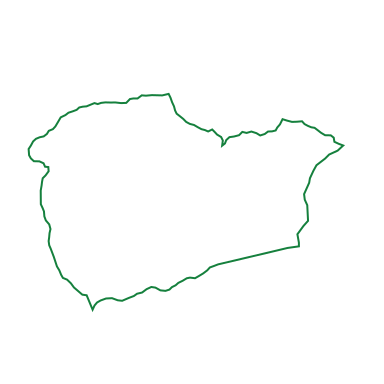 Brejo do Cruz, Paraíba, Brazil, rotated 352°
{"feature_id": "56859067B33912375522561", "entity_name": "Brejo do Cruz", "entity_type": "district", "adm_level": 2, "iso_a3": "BRA", "parent_name": "Brazil", "parent_adm1": "Paraíba", "projection": "orthographic", "projection_center": [-37.497, -6.33], "detail": "fine", "context": "isolated", "style": "outline", "palette": "green", "viewbox_px": 384, "rotation_deg": 352, "n_neighbors": 0, "source": "geoboundaries", "source_scale": "gbopen_adm2", "svg_char_len": 2167}
<svg xmlns="http://www.w3.org/2000/svg" viewBox="0 0 384 384"><g transform="rotate(352 192 192)"><path d="M348.2,167.0L344.0,164.7L340.0,162.1L339.9,157.9L337.3,155.2L331.7,154.3L328.0,151.3L325.1,148.3L322.3,145.5L319.1,144.5L315.9,142.6L312.9,140.4L310.8,137.3L305.6,137.0L300.8,136.5L296.0,134.5L291.8,132.5L288.5,137.3L285.4,140.0L283.4,142.7L279.8,143.1L275.7,142.7L272.1,144.7L267.4,145.5L264.0,142.7L259.2,140.4L254.3,141.1L250.2,139.5L246.5,142.3L241.3,142.9L236.7,142.9L233.1,145.4L231.4,148.5L228.3,150.3L229.7,145.3L228.5,141.6L224.8,138.6L222.8,135.7L220.7,132.9L216.4,134.3L213.3,132.4L210.1,131.1L206.7,128.6L203.3,125.9L199.4,124.3L196.0,121.8L193.5,118.4L190.5,115.2L187.7,112.3L186.6,108.9L186.1,104.7L184.8,100.4L183.8,95.5L182.5,91.6L176.0,92.2L165.8,90.5L159.8,90.2L155.7,89.3L151.1,91.8L147.0,91.2L143.5,91.3L139.3,94.6L134.2,94.1L128.7,92.7L123.4,92.0L118.6,91.2L114.4,91.1L110.9,91.8L107.8,90.4L103.8,91.4L99.5,92.5L95.7,92.3L92.1,92.6L89.2,94.6L85.2,95.5L80.7,96.3L77.4,98.2L72.4,99.8L69.0,104.1L65.8,108.1L63.0,110.4L58.7,111.5L56.4,114.3L52.9,116.3L48.8,116.6L44.9,117.6L41.7,119.8L38.9,123.6L36.2,126.7L35.8,132.9L37.1,136.3L39.7,139.5L45.1,140.4L49.0,142.9L50.0,146.5L53.2,147.3L52.9,151.5L49.3,155.2L46.1,157.6L44.9,161.1L44.0,164.5L42.4,169.5L40.6,183.1L41.8,187.0L42.7,190.6L42.4,195.6L43.3,199.8L46.1,204.2L46.7,209.0L45.2,212.9L44.3,216.8L43.2,220.7L43.2,224.9L44.2,228.5L46.1,236.9L47.9,246.9L49.7,251.1L50.9,255.8L52.2,259.1L56.1,261.4L59.4,265.6L61.8,270.1L64.8,273.5L69.1,278.4L73.3,279.6L77.2,294.7L79.7,290.8L82.6,288.2L86.4,286.7L92.0,285.5L98.0,286.0L103.4,288.9L107.7,290.0L114.7,288.1L120.0,286.9L123.4,285.1L128.6,284.6L133.5,281.9L138.5,280.4L142.5,281.6L147.0,285.0L152.0,286.2L156.1,285.5L158.9,283.4L162.8,282.1L165.8,280.1L170.4,278.6L174.8,276.7L178.1,276.5L183.0,277.8L186.8,276.3L191.7,274.2L196.2,271.7L199.2,269.2L203.5,268.3L207.8,267.3L263.1,262.2L278.9,260.7L290.3,260.7L290.8,257.1L290.5,248.5L297.7,241.1L302.9,236.7L304.3,221.1L302.6,215.3L302.7,209.7L309.3,199.2L310.7,194.8L315.3,187.7L319.0,182.8L328.5,177.4L333.0,174.0L342.0,171.3L348.2,167.0Z" fill="none" stroke="#15803d" stroke-width="2"/></g></svg>